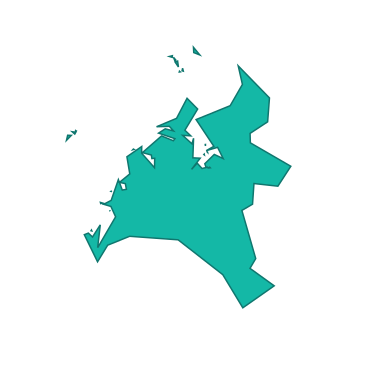 Whangarei District, Northland, New Zealand (orthographic projection), rotated 235°
{"feature_id": "76426892B88537535922351", "entity_name": "Whangarei District", "entity_type": "district", "adm_level": 2, "iso_a3": "NZL", "parent_name": "New Zealand", "parent_adm1": "Northland", "projection": "orthographic", "projection_center": [174.414, -35.694], "detail": "medium", "context": "isolated", "style": "filled", "palette": "teal", "viewbox_px": 384, "rotation_deg": 235, "n_neighbors": 0, "source": "geoboundaries", "source_scale": "gbopen_adm2", "svg_char_len": 1973}
<svg xmlns="http://www.w3.org/2000/svg" viewBox="0 0 384 384"><g transform="rotate(235 192 192)"><path d="M68.0,167.2L68.0,205.5L96.2,195.7L100.9,206.0L148.3,222.3L147.3,234.6L163.4,247.6L147.5,265.7L156.4,287.7L198.8,268.0L206.7,273.2L206.1,294.2L224.6,309.4L268.8,302.2L251.2,295.0L240.8,272.8L249.0,236.9L216.9,236.1L217.7,227.3L213.9,238.6L201.5,236.7L210.0,231.8L207.8,218.7L204.1,217.6L203.6,218.8L202.3,219.1L202.2,220.7L201.4,220.8L202.4,219.0L203.6,218.5L205.5,213.7L212.6,212.8L210.8,204.6L215.0,218.1L219.5,212.3L235.1,224.1L231.5,219.6L243.8,216.8L238.7,223.2L246.7,221.6L256.7,244.2L271.6,241.7L261.2,221.6L265.8,200.4L258.8,211.1L252.6,211.9L259.1,206.3L259.4,198.4L245.5,208.6L244.7,206.1L255.4,199.2L252.7,174.0L245.6,179.9L242.4,178.3L241.0,180.8L233.4,175.2L252.7,173.0L258.1,176.9L258.2,158.9L242.5,151.4L241.5,138.1L237.1,142.2L231.8,139.8L233.6,136.0L244.4,138.8L231.5,121.0L232.6,112.6L226.7,117.3L215.5,115.2L200.5,82.8L217.7,98.0L212.2,84.7L217.8,83.5L218.8,79.3L189.0,74.6L196.8,92.4L191.5,115.5L160.8,153.2L106.6,169.8L68.0,167.2ZM305.2,273.4L299.8,277.0L309.7,276.2L305.2,273.4ZM308.0,252.7L302.2,252.6L307.5,255.3L308.0,252.7ZM309.8,122.7L306.3,118.8L307.6,125.6L309.8,122.7ZM313.0,254.1L308.9,253.1L309.4,254.4L313.0,254.1ZM310.1,128.4L306.7,129.2L307.6,131.1L310.1,128.4ZM314.9,254.1L316.0,251.2L313.7,253.0L314.9,254.1ZM298.8,255.3L297.0,253.4L296.0,254.2L298.8,255.3ZM236.0,111.0L234.9,110.6L234.7,111.6L233.9,111.9L233.6,112.9L236.0,111.0ZM297.6,250.4L297.2,251.2L298.1,251.0L297.6,250.4ZM260.6,167.8L260.2,168.9L260.8,168.6L260.6,167.8ZM223.3,230.1L222.0,229.4L223.2,230.3L223.3,230.1ZM309.1,131.9L308.3,131.1L308.4,132.2L309.1,131.9ZM215.7,227.6L216.9,227.3L215.5,227.5L215.7,227.6ZM218.5,87.8L218.2,87.1L217.6,87.6L218.5,87.8ZM239.0,126.0L238.2,126.6L239.0,126.3L239.0,126.0ZM216.0,223.7L215.9,223.2L215.3,223.4L216.0,223.7ZM224.2,114.0L223.8,113.9L223.2,114.1L224.2,114.0Z" fill="#14b8a6" stroke="#0f766e" stroke-width="1.5"/></g></svg>